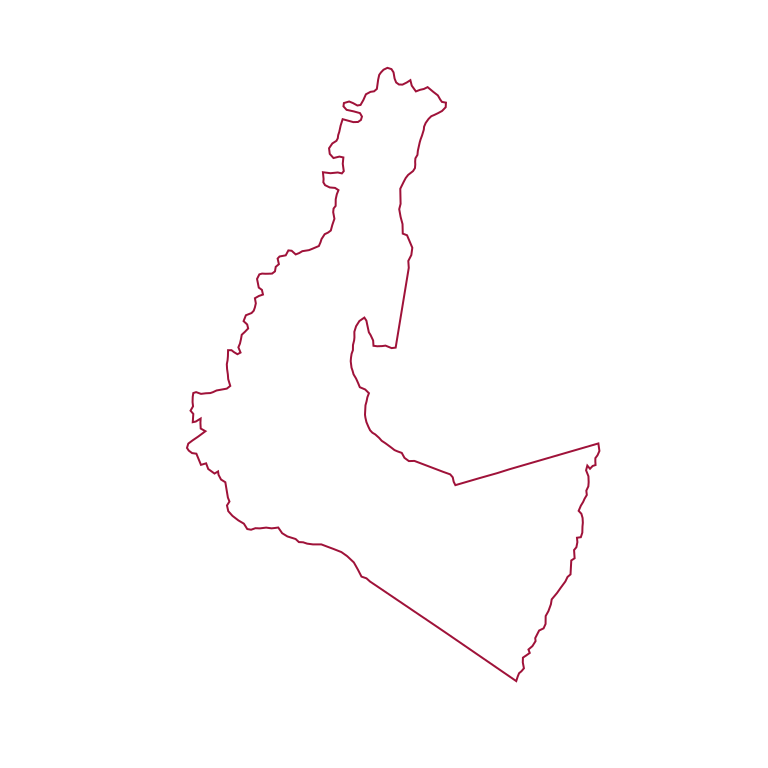 the district of Pires do Rio, Goiás, Brazil, rotated 172°
{"feature_id": "56859067B52460310339831", "entity_name": "Pires do Rio", "entity_type": "district", "adm_level": 2, "iso_a3": "BRA", "parent_name": "Brazil", "parent_adm1": "Goiás", "projection": "mercator", "projection_center": [-48.385, -17.309], "detail": "fine", "context": "isolated", "style": "outline", "palette": "rose", "viewbox_px": 768, "rotation_deg": 172, "n_neighbors": 0, "source": "geoboundaries", "source_scale": "gbopen_adm2", "svg_char_len": 4297}
<svg xmlns="http://www.w3.org/2000/svg" viewBox="0 0 768 768"><g transform="rotate(172 384 384)"><path d="M315.6,681.2L319.5,679.4L324.0,677.9L327.5,678.5L330.0,680.9L331.0,685.0L331.2,691.3L332.8,694.8L336.6,696.6L340.7,695.3L343.6,693.0L345.7,690.8L347.4,686.3L350.0,677.2L353.1,675.2L356.7,675.2L361.6,673.4L364.9,668.1L368.4,663.6L371.6,663.5L375.6,666.5L379.2,668.6L384.6,667.8L385.5,664.6L382.9,660.7L376.1,658.2L370.1,655.6L368.6,651.9L370.1,648.7L373.3,647.1L377.9,647.6L388.1,652.0L391.0,645.9L393.2,639.9L394.7,636.9L395.6,633.7L397.3,631.4L401.7,629.4L405.6,625.1L405.7,619.4L402.6,614.8L396.5,615.4L392.7,614.0L394.2,607.8L394.2,600.4L396.4,598.4L400.3,599.9L407.7,600.2L415.0,602.2L415.3,595.4L416.0,592.2L414.7,589.1L410.4,586.2L405.2,585.0L402.1,582.3L404.3,578.5L406.1,573.7L407.1,567.1L409.5,564.8L410.4,561.2L410.1,554.5L413.0,548.8L415.3,543.4L418.4,541.7L421.9,540.6L425.7,536.2L427.2,533.1L429.3,529.7L436.4,527.8L439.7,527.0L446.4,526.9L449.7,525.5L453.4,524.6L456.9,528.8L460.1,529.6L463.4,525.1L469.7,524.8L471.9,523.0L471.4,517.3L474.9,515.1L476.3,510.7L479.5,508.9L485.7,509.6L489.4,510.3L492.2,509.9L495.1,505.7L494.6,496.9L491.8,494.2L491.4,489.4L495.6,488.6L499.9,486.9L499.7,481.7L501.2,477.8L502.8,474.7L505.3,472.7L511.2,471.3L514.3,465.8L511.2,462.0L510.8,457.9L514.5,455.0L518.0,452.6L519.3,448.6L521.0,444.1L523.1,440.6L521.7,435.1L525.0,433.9L528.2,436.5L530.3,438.7L533.7,439.2L534.7,433.2L535.6,429.3L536.9,425.5L537.3,420.8L537.3,415.2L537.6,410.5L536.5,403.5L540.3,401.3L545.3,401.1L550.7,400.9L554.6,399.7L557.3,399.2L561.6,399.6L566.6,399.7L571.2,402.1L574.1,401.6L575.2,397.9L576.1,392.7L576.2,388.5L579.3,384.5L577.0,380.9L578.7,372.8L575.6,373.0L570.4,375.3L571.2,371.1L571.7,365.4L567.4,362.1L575.3,357.8L581.4,354.8L586.1,352.2L588.0,348.1L586.6,345.2L583.7,342.3L579.5,341.1L576.5,329.4L571.2,330.2L569.9,324.3L564.3,318.9L560.5,320.5L560.5,317.1L558.7,312.1L554.8,308.8L554.4,293.3L553.4,289.1L556.4,285.6L555.9,279.7L552.4,274.5L547.2,269.2L542.2,265.2L539.6,259.4L535.9,258.2L531.4,259.1L527.0,258.3L520.7,258.2L515.4,256.7L512.0,256.6L508.7,256.6L505.6,250.4L500.9,246.5L493.1,242.8L490.3,239.3L486.1,238.5L482.3,236.6L476.5,235.0L468.4,233.9L463.3,231.1L457.2,227.8L449.6,223.5L444.4,218.6L438.7,211.5L435.6,203.6L433.1,196.4L428.4,194.0L425.3,190.3L416.5,182.4L384.7,153.7L367.7,138.4L358.1,129.7L294.4,71.4L292.3,75.7L290.5,78.8L287.9,80.4L285.0,83.0L285.3,89.0L284.5,93.7L280.4,95.7L277.1,97.4L277.9,101.0L273.5,103.8L269.7,108.3L269.6,111.3L264.7,118.3L260.0,119.8L257.4,123.9L256.2,131.7L252.8,136.2L249.4,142.6L247.9,147.4L241.7,153.0L237.2,157.8L231.9,163.2L229.1,167.4L225.8,169.5L223.1,183.2L219.5,184.9L218.9,193.1L216.2,195.6L214.5,200.5L214.3,204.9L210.4,204.9L208.3,209.2L207.3,215.2L206.4,218.9L206.0,223.7L206.6,228.0L208.9,231.3L206.0,236.1L203.2,239.5L201.4,242.4L198.6,245.9L198.5,250.2L195.9,254.2L195.0,258.3L194.4,264.2L195.9,270.4L194.0,274.9L191.8,271.4L188.8,273.8L185.8,274.3L185.5,278.0L185.0,281.2L182.5,283.7L180.0,287.7L180.0,295.3L271.7,282.1L284.2,280.0L303.3,277.4L327.4,273.9L328.6,277.5L328.9,282.0L331.0,285.3L337.5,288.7L364.6,303.6L370.1,304.2L374.0,308.0L376.0,313.3L380.0,315.4L382.8,317.1L385.7,320.1L390.8,325.1L394.2,328.1L396.4,331.4L399.7,335.3L402.3,337.4L404.2,340.1L405.4,343.8L406.7,348.7L407.1,353.2L407.1,356.2L405.3,365.5L403.7,369.2L402.3,373.2L400.2,377.0L403.4,381.2L408.4,384.2L409.5,388.5L410.9,393.3L412.8,397.8L413.3,401.6L413.9,404.7L413.8,411.2L413.0,414.7L411.9,418.4L410.1,421.8L409.3,426.9L407.5,431.4L406.8,434.2L406.1,439.8L403.6,445.1L399.6,449.8L394.2,452.5L392.6,449.1L392.4,445.6L391.8,437.3L390.5,434.4L388.7,428.6L389.1,423.3L385.4,422.3L380.5,421.8L377.2,421.8L371.5,418.5L367.4,418.4L343.3,495.6L342.8,502.5L339.0,507.9L337.0,515.0L340.5,528.1L344.5,530.3L343.4,539.8L344.3,547.1L344.6,555.0L342.5,560.1L340.7,575.1L336.4,581.4L333.8,585.0L331.0,587.7L325.6,590.8L323.3,593.5L322.5,596.9L322.2,599.9L321.5,603.1L319.0,606.2L318.0,610.3L315.0,618.3L313.7,621.2L311.8,624.7L309.2,630.3L308.5,633.2L306.4,636.7L303.0,640.3L299.9,642.6L296.9,643.4L292.8,644.7L288.5,646.3L284.4,649.5L283.5,654.0L287.4,655.3L288.8,658.0L290.5,662.3L294.6,666.5L299.5,671.9L303.5,670.6L307.3,670.3L311.7,669.3L315.0,675.6L315.6,681.2Z" fill="none" stroke="#9f1239" stroke-width="2"/></g></svg>